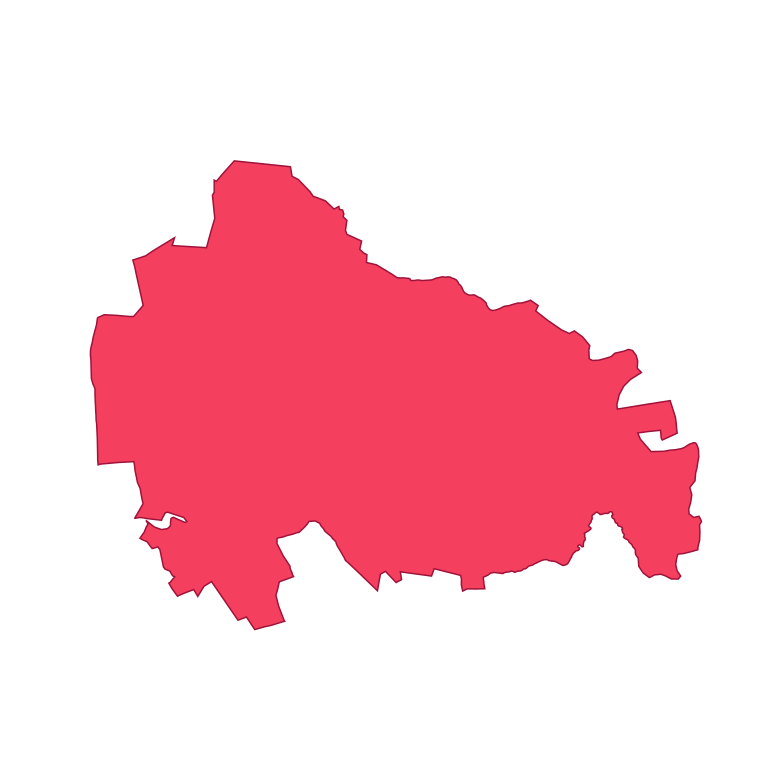 outline of Ixtacomitán, Chiapas, Mexico, rotated 79°
{"feature_id": "50627088B13512547734143", "entity_name": "Ixtacomitán", "entity_type": "district", "adm_level": 2, "iso_a3": "MEX", "parent_name": "Mexico", "parent_adm1": "Chiapas", "projection": "natural_earth1", "projection_center": [-93.084, 17.427], "detail": "fine", "context": "isolated", "style": "filled", "palette": "rose", "viewbox_px": 768, "rotation_deg": 79, "n_neighbors": 0, "source": "geoboundaries", "source_scale": "gbopen_adm2", "svg_char_len": 6153}
<svg xmlns="http://www.w3.org/2000/svg" viewBox="0 0 768 768"><g transform="rotate(79 384 384)"><path d="M573.9,100.1L574.1,105.4L569.7,109.3L564.9,108.7L558.6,105.5L551.5,103.0L543.9,103.6L538.4,97.2L530.7,95.0L526.1,92.8L522.1,91.4L515.3,88.8L513.3,88.6L510.0,88.0L507.2,87.9L504.7,88.2L502.0,89.0L501.2,89.6L500.7,91.5L501.0,93.2L501.4,95.7L502.0,97.5L503.7,101.5L504.0,103.3L504.2,105.4L504.1,110.8L503.5,116.0L503.5,121.8L501.3,134.7L487.1,142.9L480.5,144.2L481.1,133.6L482.2,121.4L490.3,122.2L492.1,121.5L488.2,105.6L483.0,105.2L477.7,104.6L472.0,104.3L454.9,106.3L454.7,113.0L454.4,119.9L454.4,123.2L454.2,125.7L453.2,157.6L453.1,159.7L452.9,159.7L448.5,159.3L439.4,155.1L432.0,149.2L426.6,141.3L421.8,129.1L416.8,132.4L409.9,130.6L404.2,131.0L398.6,133.6L396.7,137.4L397.6,142.7L397.8,151.4L400.5,156.0L401.2,162.6L401.6,168.6L400.7,174.8L398.5,177.7L390.0,176.5L385.5,174.7L375.6,180.1L368.2,187.0L369.8,192.5L364.6,199.6L352.4,211.5L341.3,221.1L336.4,217.7L329.7,224.2L330.1,226.0L330.7,232.6L330.6,234.2L330.0,237.6L330.3,239.7L330.3,241.1L330.7,244.4L330.9,246.4L330.7,250.8L331.0,252.5L331.9,255.5L332.2,257.0L332.7,260.5L332.7,262.2L332.4,263.9L331.4,265.5L330.2,266.5L328.7,267.3L325.9,268.2L324.0,268.3L323.2,268.7L321.5,270.0L320.4,270.7L318.2,272.6L316.7,274.9L315.0,276.8L313.9,278.1L313.5,279.7L313.2,282.8L312.6,284.0L311.6,285.5L310.6,286.5L310.1,287.3L307.8,288.3L305.6,288.9L304.1,289.1L303.3,289.4L301.6,290.2L299.9,291.6L298.2,291.9L295.8,293.0L294.7,294.2L293.5,295.9L293.0,297.4L291.9,298.2L291.0,300.8L290.9,303.2L289.9,306.1L290.1,313.3L290.7,315.6L290.9,317.6L290.7,319.4L289.8,326.5L288.3,331.0L288.2,333.8L287.8,337.2L286.9,338.2L285.7,338.5L284.9,339.9L284.5,341.8L283.6,344.2L283.1,347.2L282.3,350.7L277.4,355.6L265.5,368.8L261.4,378.0L253.8,376.1L251.5,379.0L247.2,382.1L239.4,378.7L230.1,391.8L225.8,392.5L216.3,389.2L212.0,392.2L209.5,391.0L207.0,391.2L205.3,391.5L204.2,394.3L201.1,394.5L202.7,399.7L193.1,406.5L186.1,417.8L181.3,419.8L166.9,429.1L162.6,434.6L152.9,434.4L136.4,488.4L147.0,502.4L153.1,509.9L151.5,511.8L163.5,514.1L165.9,516.4L189.1,518.5L203.2,525.8L216.3,532.2L207.7,565.5L200.4,561.7L209.3,585.6L212.8,593.7L212.9,595.5L213.4,598.4L214.4,606.9L221.7,606.3L226.7,606.3L260.9,605.4L269.4,616.2L269.9,617.2L269.1,621.3L265.6,633.4L262.6,645.5L263.6,649.3L264.0,651.8L264.8,652.8L270.8,654.8L280.2,659.4L282.1,660.3L288.1,662.7L289.7,663.6L295.1,665.7L299.1,666.6L304.4,667.1L322.8,670.2L328.3,669.7L333.5,668.6L340.4,669.9L356.7,672.3L358.6,672.5L364.8,673.5L368.5,673.7L382.8,675.8L401.1,679.0L403.1,679.4L408.8,680.1L408.5,677.7L410.4,659.3L412.5,644.4L415.6,644.4L421.8,644.9L428.5,644.8L433.6,644.8L440.1,643.3L447.9,643.5L455.6,643.4L462.2,649.1L468.6,654.7L468.3,654.3L468.4,649.5L469.7,645.0L470.4,643.9L470.8,642.6L475.3,628.4L473.8,627.5L468.6,623.2L468.6,620.7L476.8,606.1L481.3,603.8L482.0,605.7L474.6,616.3L475.3,618.7L479.2,620.0L480.4,620.2L482.7,620.9L484.7,624.3L484.4,630.2L480.6,636.7L472.5,643.7L476.2,642.4L476.6,642.6L479.4,644.9L483.7,647.7L484.4,648.3L484.8,648.9L488.9,653.0L490.5,651.2L493.6,646.7L499.1,644.1L501.3,643.0L501.0,638.9L500.7,637.1L503.9,635.6L521.6,635.4L524.0,634.2L526.7,630.0L531.9,628.1L533.3,626.2L533.6,626.4L536.2,629.8L537.9,631.7L538.4,633.2L544.1,631.3L552.9,627.2L552.4,625.5L551.0,618.8L549.5,610.0L557.0,607.3L548.2,599.3L545.1,591.0L588.0,572.4L586.5,563.5L600.4,557.7L599.5,547.2L599.4,540.8L598.1,529.1L598.0,526.8L597.3,527.1L582.0,529.8L570.6,530.4L566.8,528.3L558.2,524.5L555.8,509.5L553.1,510.4L552.3,510.2L547.5,511.3L544.7,511.1L533.5,515.7L520.2,519.5L515.5,518.5L515.0,518.2L514.9,517.8L514.9,512.3L514.3,508.2L514.0,501.8L513.4,498.7L513.4,495.7L509.9,490.1L507.2,486.4L504.6,483.9L505.3,477.7L508.6,473.6L510.8,473.1L512.7,472.1L514.5,471.0L516.8,470.3L518.9,468.8L523.5,465.0L525.7,464.1L527.9,462.5L529.7,461.4L532.6,461.1L535.1,460.4L537.8,459.3L546.8,456.2L550.1,455.4L550.4,454.9L563.0,445.8L585.7,429.9L570.0,423.8L568.2,418.3L581.2,410.0L579.4,404.1L571.5,403.8L581.6,374.0L574.9,370.0L586.5,345.3L590.2,345.2L595.9,346.4L602.3,346.3L601.0,341.5L602.7,333.1L604.2,324.1L599.9,324.1L592.6,323.4L591.6,318.8L590.0,315.4L590.0,312.0L592.0,305.6L592.8,303.6L592.1,301.6L592.1,298.9L592.3,296.5L591.9,295.0L592.6,293.1L593.8,291.8L593.7,290.7L593.2,289.0L593.6,285.4L593.0,283.8L592.2,282.4L592.4,280.7L592.2,279.8L591.5,278.6L590.7,277.3L590.2,275.9L590.2,274.0L590.0,272.2L589.2,270.8L588.9,269.0L587.3,262.9L587.1,260.1L587.6,257.2L588.8,256.0L589.3,254.3L589.9,253.3L590.3,251.4L591.4,249.1L594.7,245.1L595.9,243.5L596.4,242.7L596.2,240.5L595.9,239.0L595.4,238.0L593.0,235.7L591.1,234.4L590.0,233.2L588.8,232.5L587.7,231.8L586.8,230.8L585.9,230.1L585.6,228.9L584.9,228.5L584.4,227.0L584.5,226.0L584.4,225.2L583.8,224.1L583.3,223.6L582.9,223.4L582.0,223.7L580.7,224.9L579.7,224.4L579.3,224.0L579.2,222.6L579.9,221.7L581.2,221.1L581.7,220.5L581.5,219.4L580.7,219.1L578.8,218.8L576.3,217.6L575.8,216.5L574.6,216.1L573.2,215.9L572.0,216.1L570.1,215.6L568.8,215.9L567.3,211.6L566.1,209.0L565.5,208.4L564.4,208.5L563.6,209.4L562.8,210.0L562.1,210.1L561.4,209.6L558.9,207.1L557.4,206.4L556.3,205.5L555.5,205.2L554.2,205.2L553.2,204.9L552.4,204.1L551.7,202.5L550.5,200.6L550.5,199.3L552.4,197.4L553.4,196.7L553.4,193.8L553.1,192.8L553.2,191.2L553.6,190.0L553.7,188.7L553.2,187.6L552.5,186.9L552.7,185.4L553.6,184.4L555.5,184.5L555.9,184.1L556.8,185.6L557.3,185.7L559.1,185.4L560.7,183.7L561.8,183.7L564.2,183.2L565.0,182.5L565.1,181.9L566.0,181.5L567.1,181.5L568.2,180.8L568.7,179.5L569.8,178.2L570.2,177.6L572.0,177.6L572.1,178.3L574.9,178.1L576.1,177.8L577.7,176.8L579.0,177.5L579.8,178.1L580.8,177.7L582.4,176.1L583.0,175.0L584.1,174.1L586.2,173.5L587.6,172.3L589.6,171.1L591.2,170.9L592.6,169.9L594.7,168.9L596.2,169.2L597.5,169.5L599.2,169.5L600.9,168.9L602.3,168.3L603.3,167.7L611.7,168.7L619.0,165.6L624.6,160.5L624.2,158.5L623.0,155.0L623.6,148.5L626.1,144.3L630.2,139.2L631.6,132.4L629.2,129.4L623.2,131.9L616.9,132.1L610.2,129.7L607.1,127.9L607.6,122.5L607.2,114.4L606.6,107.6L603.9,106.9L597.6,104.0L589.5,102.1L582.4,101.1L579.7,98.6L577.0,99.1L573.9,100.1Z" fill="#f43f5e" stroke="#9f1239" stroke-width="1.5"/></g></svg>